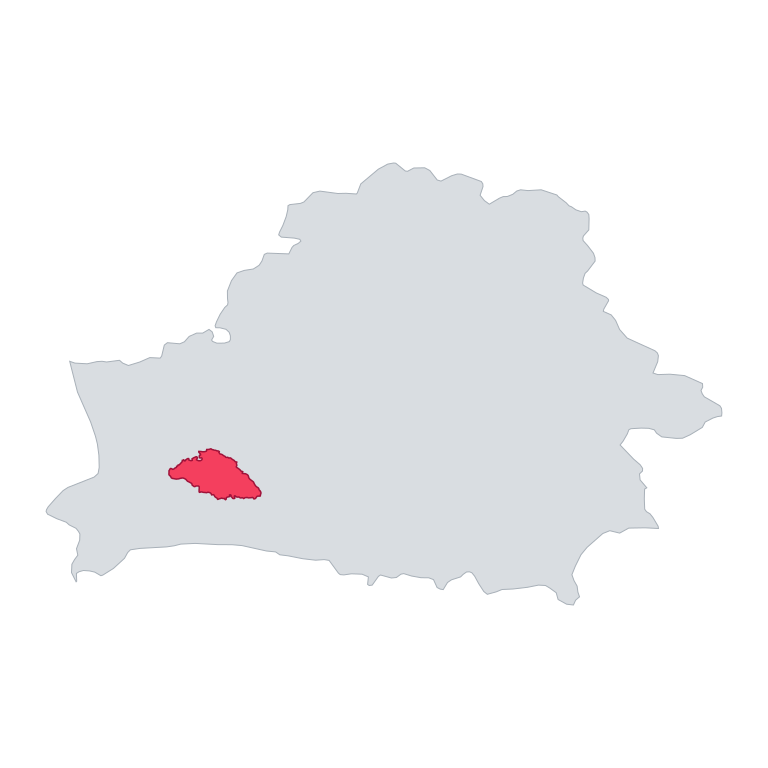 location of Ivatsevichy, Brest, Belarus
{"feature_id": "67162791B15775504283911", "entity_name": "Ivatsevichy", "entity_type": "district", "adm_level": 2, "iso_a3": "BLR", "parent_name": "Belarus", "parent_adm1": "Brest", "projection": "natural_earth1", "projection_center": [25.561, 52.695], "detail": "fine", "context": "in_parent", "style": "filled", "palette": "rose", "viewbox_px": 768, "rotation_deg": 0, "n_neighbors": 0, "source": "geoboundaries", "source_scale": "gbopen_adm2", "svg_char_len": 8868}
<svg xmlns="http://www.w3.org/2000/svg" viewBox="0 0 768 768"><path d="M658.5,528.5L645.0,527.8L628.7,528.1L619.7,533.1L609.8,530.7L602.8,533.5L587.1,547.3L581.0,554.7L575.3,566.2L571.9,574.7L574.0,580.6L577.1,586.1L577.9,592.1L579.5,596.8L575.6,600.2L573.4,605.0L566.6,604.2L558.1,599.5L556.2,592.7L549.7,588.0L545.5,585.5L538.5,585.1L527.5,587.3L513.0,589.0L502.0,589.5L496.1,591.9L487.3,594.3L483.8,591.5L478.8,583.8L474.6,576.1L471.8,572.7L469.4,571.8L466.5,572.0L463.1,574.4L460.6,576.9L451.5,579.8L447.5,582.5L443.2,589.6L440.2,589.1L437.1,587.5L433.5,579.6L428.7,577.8L421.0,577.7L411.5,576.0L403.7,573.6L400.9,574.2L396.4,577.5L391.4,578.0L380.5,575.0L378.4,576.4L372.2,585.1L369.2,585.5L367.6,584.4L368.4,576.9L362.1,574.2L351.4,573.8L343.9,574.9L340.2,574.6L338.4,573.1L329.1,560.4L324.2,559.6L315.6,560.2L302.7,558.7L288.0,555.8L279.8,554.8L275.6,551.9L266.5,551.0L242.1,545.6L232.1,544.7L217.4,544.6L195.1,543.4L180.8,544.1L174.1,545.8L166.5,546.9L139.9,548.4L130.4,549.8L127.7,552.5L124.5,558.3L113.5,568.4L102.8,575.1L100.9,575.7L94.7,572.1L89.5,570.9L83.4,570.5L79.1,571.7L76.4,573.4L76.7,581.2L76.1,581.8L71.5,572.6L71.9,564.2L74.6,559.5L77.8,555.2L76.5,548.7L79.7,540.2L79.9,534.0L78.5,531.4L76.0,528.3L69.2,524.9L66.2,522.2L56.8,518.7L47.6,514.2L46.1,511.5L46.5,509.7L48.2,506.8L55.4,498.6L63.1,490.6L68.0,487.4L94.1,477.1L98.1,473.5L99.2,467.4L98.9,455.2L97.4,444.0L95.5,436.3L90.6,421.9L77.5,392.1L69.7,361.3L74.9,363.1L87.2,363.8L97.0,361.6L102.1,361.3L106.6,362.0L119.5,360.3L122.7,363.1L128.4,365.5L139.8,362.0L149.8,357.6L160.2,358.1L161.7,356.0L164.3,345.1L167.4,342.7L179.8,343.8L184.4,341.8L189.2,336.4L196.6,333.1L202.7,333.1L209.0,329.4L212.2,331.9L213.7,336.4L211.6,340.0L212.5,341.4L216.9,343.2L224.5,343.1L229.3,341.6L230.4,339.6L230.4,335.8L229.2,332.3L226.0,329.3L220.0,327.8L215.8,327.7L215.1,325.8L216.5,321.8L220.2,314.2L224.8,307.4L227.6,304.9L228.0,302.5L227.5,298.4L227.4,291.0L231.5,280.6L237.0,272.9L244.3,270.4L253.3,269.0L259.1,265.3L261.9,261.1L264.3,254.4L267.2,253.1L288.8,253.9L292.1,247.3L293.9,245.4L298.1,243.5L300.9,241.1L299.8,239.3L294.3,238.1L281.3,237.1L278.7,234.9L279.5,232.2L282.9,225.4L286.2,216.6L287.8,209.7L288.0,205.7L289.9,204.6L300.4,203.4L303.9,202.0L313.0,192.7L319.9,191.1L337.8,193.5L346.0,193.3L356.4,194.0L357.3,193.0L360.8,183.9L378.3,169.2L387.7,164.1L393.6,163.0L395.7,163.2L405.3,171.0L407.5,171.3L413.8,168.0L424.7,167.8L429.8,170.5L437.2,180.0L441.0,181.1L451.5,175.8L457.3,174.0L461.2,174.1L481.3,181.5L482.8,183.8L483.0,186.6L480.1,195.3L484.4,200.6L489.3,204.2L499.4,198.2L503.2,196.6L507.3,196.5L512.8,194.3L516.8,191.0L520.6,189.8L528.0,190.6L541.2,189.8L556.9,195.0L558.3,196.7L566.2,202.8L569.0,205.8L571.5,206.8L575.8,209.8L581.3,211.7L585.2,211.1L587.0,212.1L588.8,214.5L589.1,218.5L588.8,229.9L583.4,236.0L582.8,238.1L583.1,240.6L587.6,245.6L593.5,253.3L595.0,257.7L595.1,261.1L587.6,271.0L585.1,273.3L583.4,278.1L582.6,283.1L583.2,285.1L596.4,293.0L606.2,297.3L608.4,299.4L608.6,300.7L603.8,309.1L603.3,311.4L611.2,314.9L615.6,320.4L619.6,329.5L627.2,338.1L655.0,350.8L657.4,353.0L658.4,355.7L657.7,361.7L653.0,373.0L657.8,374.6L669.9,374.2L684.6,375.6L702.5,383.6L702.7,387.2L701.0,390.5L702.3,393.9L704.3,396.8L719.9,405.8L721.5,408.4L721.9,412.8L721.6,416.0L717.4,416.6L712.8,418.1L705.2,422.0L702.3,427.4L690.1,434.8L682.6,438.2L676.4,438.4L661.8,436.9L656.6,433.2L654.3,429.8L648.7,428.3L641.2,428.1L630.9,428.7L628.9,429.7L627.3,433.9L623.2,441.0L620.1,445.0L633.6,459.1L640.3,464.9L642.6,468.4L642.5,471.0L639.5,473.9L640.1,479.9L646.8,487.8L644.6,489.1L644.3,498.8L644.7,509.2L646.5,511.7L650.0,513.8L653.0,517.6L658.1,526.2L658.5,528.5Z" fill="#d9dde1" stroke="#a8b0b8" stroke-width="1"/><path d="M182.3,460.4L182.2,461.4L182.0,461.9L181.2,462.7L180.7,463.3L180.0,464.0L179.3,464.8L178.7,464.9L178.2,465.0L177.9,465.2L177.9,465.6L177.5,466.1L177.0,466.2L176.6,466.3L176.6,466.7L176.5,467.0L176.4,467.4L176.0,467.6L175.5,467.8L175.2,467.9L174.7,468.2L174.4,468.5L174.1,468.8L173.6,469.1L173.0,469.3L172.5,469.3L172.1,469.0L171.8,468.7L171.0,468.5L170.5,468.5L170.1,468.8L169.9,469.3L169.6,469.7L169.4,470.1L169.0,470.7L169.0,472.6L168.9,474.2L169.0,474.6L169.2,475.1L169.7,475.6L170.4,476.1L170.6,476.5L171.0,477.2L171.2,477.7L171.6,478.0L171.9,478.2L172.3,478.4L173.6,478.6L174.5,478.8L175.3,478.9L176.1,479.1L177.1,479.0L178.2,478.9L179.0,478.8L179.7,478.5L180.3,478.3L180.9,478.3L181.4,478.1L181.8,478.1L182.5,478.0L183.0,478.0L183.9,478.3L184.7,478.7L185.3,479.0L186.0,479.5L186.4,480.0L186.8,480.5L187.6,481.3L188.5,481.7L189.5,482.2L191.6,483.4L191.9,483.9L192.0,484.5L192.1,485.0L192.6,485.5L193.3,485.9L193.9,486.4L194.2,486.6L194.8,486.6L195.2,486.5L195.6,486.2L196.2,486.0L196.8,486.0L197.5,486.0L198.3,486.0L198.7,486.2L199.1,486.5L199.2,486.9L199.2,487.3L199.2,487.7L199.2,488.8L199.1,489.5L199.1,490.2L199.1,491.0L199.1,491.7L199.4,492.3L199.8,492.3L200.3,492.2L200.7,491.9L201.1,491.9L201.9,492.0L202.4,492.1L203.4,492.4L204.0,492.4L204.8,492.5L205.3,492.5L206.2,492.7L206.5,492.7L206.9,492.6L207.4,492.4L207.8,492.3L208.4,492.3L209.0,492.4L209.8,492.7L210.5,493.0L211.0,493.5L211.3,494.0L211.4,494.6L211.6,494.9L212.1,494.8L213.3,494.7L213.8,494.9L214.2,495.4L214.4,495.8L214.7,496.4L215.2,497.0L216.1,497.6L216.7,498.0L217.2,498.3L217.5,498.8L217.5,499.2L217.8,499.4L218.6,499.1L219.1,498.8L219.8,498.7L220.5,498.5L221.0,498.3L221.7,498.1L222.5,498.4L223.1,498.5L223.8,498.5L224.5,498.5L224.6,498.8L224.8,499.1L225.0,499.4L225.3,499.6L225.6,499.7L226.2,499.1L226.3,498.4L226.3,497.8L226.7,497.4L227.4,497.1L228.2,496.9L229.1,496.7L229.5,496.6L229.7,496.2L229.5,495.4L229.5,495.0L230.0,494.8L230.4,494.8L231.0,495.2L231.1,495.6L231.0,496.1L231.2,496.6L231.4,496.9L231.8,497.2L232.2,497.6L232.4,497.9L232.6,498.3L233.0,498.5L233.7,498.6L234.4,498.5L234.8,498.2L234.8,497.8L234.6,497.4L234.4,497.0L234.3,496.4L234.4,496.0L234.7,495.8L235.2,495.9L235.6,496.2L235.9,496.5L236.2,496.7L236.7,497.0L237.5,497.1L238.0,497.1L238.7,497.0L239.3,497.2L239.8,497.6L240.0,497.8L240.4,497.9L240.8,497.9L241.3,497.9L241.9,497.7L242.3,497.7L242.8,497.8L243.1,498.1L243.5,498.5L243.8,498.5L244.0,498.4L244.6,498.0L244.9,497.7L245.3,497.6L245.9,497.6L246.4,497.6L246.8,497.4L247.3,497.5L248.0,497.8L248.5,497.9L249.6,497.8L250.0,497.8L250.6,497.7L251.1,497.7L251.6,497.6L252.0,497.5L252.7,497.5L253.0,497.7L253.3,498.0L253.5,498.4L253.7,498.8L254.0,498.8L254.5,498.9L254.9,498.8L255.3,498.5L255.9,498.0L256.0,497.7L256.5,497.1L256.7,496.7L257.0,496.4L257.4,496.2L258.5,496.1L259.3,496.1L260.1,496.1L260.4,495.7L260.3,495.2L260.4,494.8L260.5,494.4L260.8,494.0L260.9,493.5L260.9,493.1L260.9,492.3L260.7,491.8L260.3,491.4L260.2,490.9L259.9,490.7L259.7,490.4L259.3,490.0L259.0,489.6L258.9,488.9L258.4,488.0L257.6,487.4L256.7,486.9L255.8,486.1L255.0,485.0L254.2,483.6L253.9,482.9L253.5,482.0L252.8,481.4L251.7,480.6L251.2,480.2L250.1,479.4L249.5,478.8L249.5,478.7L248.9,477.9L248.6,477.4L248.6,476.8L248.3,475.9L248.0,475.3L247.2,474.6L246.3,474.1L245.3,473.7L243.9,473.6L242.3,473.4L242.2,473.0L242.4,472.7L242.6,472.1L242.8,471.8L242.5,471.5L242.1,471.5L241.5,471.3L241.0,471.0L240.2,470.0L239.4,469.3L238.5,468.6L237.5,467.9L236.9,467.6L236.4,467.2L236.3,466.8L236.4,466.3L236.6,466.0L236.8,465.7L236.8,465.3L236.7,464.6L236.4,463.7L236.4,463.1L236.7,462.7L236.8,462.1L235.9,461.8L235.4,461.8L235.3,461.7L235.1,461.6L234.8,461.2L234.3,460.7L234.1,460.4L233.6,460.1L233.0,459.8L232.3,459.3L231.8,459.0L231.4,458.6L231.0,458.2L230.3,457.9L229.6,457.9L229.2,458.0L228.8,458.0L228.3,457.8L228.0,457.4L227.7,457.3L227.1,457.3L226.7,457.4L226.2,457.4L225.6,457.2L225.3,456.8L225.1,456.4L224.5,456.1L223.8,455.8L223.2,455.4L222.8,455.0L222.3,454.7L222.0,454.5L221.2,454.2L220.5,454.1L219.9,453.9L219.6,453.5L219.4,453.1L219.2,452.8L218.9,452.5L219.0,452.2L219.2,451.9L219.3,451.5L218.9,451.3L218.6,451.1L218.0,450.9L217.3,450.9L216.5,450.7L216.0,450.4L215.1,450.2L214.3,450.2L213.7,450.0L213.4,449.8L212.9,449.7L212.2,449.6L211.8,449.4L211.5,449.1L211.1,448.9L210.3,448.9L209.9,449.1L209.4,449.3L209.1,449.4L208.2,449.4L207.2,449.5L206.7,449.5L206.6,449.9L206.6,450.6L206.4,451.1L205.0,451.6L204.0,451.7L202.8,451.8L201.8,451.6L200.9,451.5L199.8,451.4L198.8,451.4L198.8,451.9L198.9,452.4L199.3,452.8L199.9,453.4L200.4,453.9L200.5,454.4L200.6,454.9L200.2,455.2L199.6,455.2L199.3,455.8L199.3,456.4L199.3,457.1L199.3,457.7L199.8,457.9L200.5,458.0L201.2,457.8L201.9,458.1L202.1,458.5L202.1,459.2L201.8,459.8L201.4,460.2L200.3,460.7L198.8,460.8L197.6,460.4L196.5,459.8L196.7,459.1L197.2,458.5L197.3,458.0L197.3,457.4L196.9,456.9L196.1,456.7L195.3,457.1L194.0,457.6L193.0,458.2L192.0,458.9L192.2,459.7L192.2,460.4L191.6,460.6L190.4,460.6L188.9,460.0L188.9,459.4L188.7,458.6L188.0,458.5L187.0,458.9L186.6,459.3L186.1,459.6L185.6,460.0L185.5,460.5L185.0,460.9L184.2,460.8L184.1,460.2L183.6,459.8L183.1,460.1L182.5,460.4L182.3,460.4Z" fill="#f43f5e" stroke="#9f1239" stroke-width="1.5"/></svg>